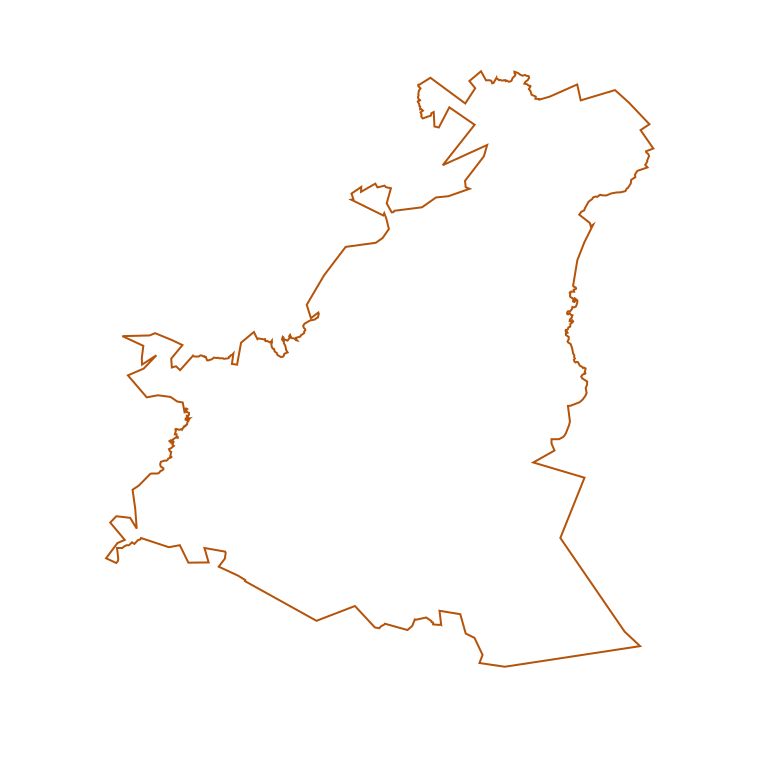 Guanaceví, Durango, Mexico, rotated 262°
{"feature_id": "50627088B82205193577486", "entity_name": "Guanaceví", "entity_type": "district", "adm_level": 2, "iso_a3": "MEX", "parent_name": "Mexico", "parent_adm1": "Durango", "projection": "orthographic", "projection_center": [-105.88, 26.044], "detail": "fine", "context": "isolated", "style": "outline", "palette": "amber", "viewbox_px": 768, "rotation_deg": 262, "n_neighbors": 0, "source": "geoboundaries", "source_scale": "gbopen_adm2", "svg_char_len": 6156}
<svg xmlns="http://www.w3.org/2000/svg" viewBox="0 0 768 768"><g transform="rotate(262 384 384)"><path d="M105.3,587.8L207.0,537.2L263.3,569.5L285.5,520.9L294.4,543.6L301.7,541.6L306.0,542.2L305.0,549.6L306.5,553.8L307.5,555.3L310.0,557.3L317.6,561.6L320.9,562.9L336.7,563.1L336.5,565.6L338.7,575.1L340.9,578.5L344.3,581.8L346.9,583.4L352.0,583.2L355.0,585.0L358.2,585.5L361.9,581.2L363.8,580.3L365.0,581.2L366.4,583.5L366.0,584.1L366.4,584.9L368.0,584.6L371.3,585.8L372.4,584.3L372.1,583.3L373.3,582.7L374.8,580.5L378.6,579.1L379.1,577.8L378.7,576.7L379.6,575.8L381.5,575.4L382.7,576.6L383.9,576.1L386.1,576.4L387.8,575.6L393.7,575.2L397.8,574.3L399.4,572.2L400.7,571.7L402.3,573.0L404.9,573.5L407.1,571.0L408.9,571.2L409.2,572.9L410.2,572.5L410.1,571.5L411.4,571.2L412.3,571.6L412.1,572.7L412.8,573.8L414.3,574.4L414.9,576.4L417.7,577.0L418.7,579.2L419.7,580.0L420.8,579.3L420.0,578.8L420.4,576.6L421.8,577.0L423.9,579.4L425.2,579.4L425.8,580.1L426.6,578.7L428.3,577.6L427.4,576.4L427.5,575.4L428.4,575.1L429.8,575.7L430.4,576.4L429.9,578.2L432.0,580.5L434.1,581.3L433.4,582.8L434.1,584.9L437.3,586.6L439.8,587.1L442.4,584.8L442.0,584.3L439.8,585.1L438.7,584.0L439.4,582.7L442.1,583.3L444.2,580.7L445.3,580.4L448.2,581.3L448.5,580.7L449.2,581.3L449.5,582.5L448.9,585.1L451.0,585.0L451.3,587.1L451.8,587.5L453.0,587.2L453.7,585.8L454.9,584.9L479.7,592.7L496.4,602.1L512.7,613.3L511.4,610.7L514.8,610.3L524.5,600.9L527.1,603.4L528.1,606.5L529.8,607.2L536.0,611.9L538.2,615.9L539.7,617.1L540.2,619.5L539.6,621.2L541.3,624.3L540.3,627.0L539.8,630.6L541.1,635.6L541.3,641.4L540.9,644.7L541.4,649.9L543.7,651.5L544.1,652.7L548.1,656.2L551.9,657.3L553.8,661.6L556.4,661.7L559.2,663.9L559.9,665.0L561.8,675.1L564.7,673.2L567.6,675.7L568.5,675.6L572.8,678.2L575.1,677.7L576.7,676.0L578.0,675.9L579.7,683.5L599.7,673.4L604.3,683.0L628.4,665.8L642.9,653.7L637.5,618.3L653.7,617.0L645.5,588.1L644.0,577.6L644.5,577.7L645.4,573.6L647.5,574.3L649.9,570.4L653.5,569.9L655.9,568.5L658.1,570.4L658.9,570.4L659.3,568.8L661.1,567.1L661.9,564.8L663.6,566.1L664.9,568.6L667.1,570.4L668.8,570.0L669.3,568.1L670.4,566.7L670.0,564.2L671.5,561.7L673.2,560.2L675.1,556.6L673.6,556.5L672.1,557.2L671.2,556.8L669.2,554.0L666.6,552.5L666.0,551.3L666.1,549.3L667.4,547.8L667.0,546.6L668.1,546.2L668.0,543.1L668.9,541.5L668.9,540.2L670.5,538.7L670.7,537.9L671.5,537.9L666.8,534.3L666.7,533.0L669.4,532.4L670.2,530.4L670.5,527.3L680.2,523.6L672.1,510.7L664.2,515.5L650.5,503.5L680.8,472.6L675.5,460.7L675.6,459.6L674.2,459.4L671.7,461.3L669.7,459.4L666.2,458.3L665.1,458.5L663.3,457.5L661.3,457.9L660.0,459.2L659.6,458.7L659.6,457.4L658.9,456.7L656.5,457.8L654.5,457.7L653.8,458.4L651.0,458.0L651.2,458.9L649.3,460.6L647.9,458.0L645.4,458.7L643.8,458.1L641.6,459.3L643.3,467.8L645.5,468.6L646.4,471.1L632.0,469.8L630.4,474.0L648.9,487.2L628.1,509.8L592.5,472.6L606.3,519.4L595.6,514.6L573.9,492.5L567.5,492.3L565.4,495.9L561.0,473.9L561.5,461.5L553.7,446.2L554.1,418.5L552.9,417.2L552.9,415.5L562.5,411.8L576.9,418.1L578.6,413.3L580.3,412.2L579.6,404.9L583.6,403.3L577.5,388.0L582.3,388.9L577.1,378.3L571.3,379.4L571.1,377.2L551.0,406.7L553.1,408.0L547.6,409.3L536.8,410.4L528.8,403.0L525.0,395.5L525.1,365.1L500.0,339.8L473.2,318.5L459.4,320.8L463.9,328.9L462.6,329.2L459.0,327.8L458.8,326.4L457.5,324.7L457.2,319.6L454.8,313.8L453.0,312.1L451.0,312.3L449.2,313.6L448.2,313.5L447.0,312.2L445.5,312.0L443.7,308.3L442.6,307.8L442.0,303.2L441.2,303.0L439.2,304.1L439.7,302.9L441.4,301.9L442.4,298.7L445.7,297.8L444.4,296.7L443.1,297.2L440.4,294.5L442.4,290.9L444.0,291.0L444.8,290.3L442.4,289.2L440.8,290.0L440.4,290.8L438.4,290.5L435.5,291.6L431.0,291.9L428.7,293.0L427.8,289.5L425.9,288.7L425.0,287.5L425.1,285.6L427.6,282.5L429.5,282.2L431.5,280.2L434.0,280.0L434.5,278.8L436.5,278.0L439.3,278.0L440.5,278.8L442.6,279.0L441.4,277.9L441.1,276.8L443.0,274.1L442.9,272.8L443.5,272.3L445.0,272.4L445.0,270.9L446.6,266.1L446.0,264.9L453.6,262.4L444.8,248.2L423.6,241.2L425.0,236.2L435.2,239.1L434.1,237.8L433.6,236.0L432.8,235.5L432.5,234.3L431.4,233.9L431.1,233.2L431.2,229.0L431.8,228.2L432.5,224.1L433.2,223.2L433.0,222.0L433.8,219.2L432.5,217.1L431.8,213.0L432.1,212.1L435.6,211.3L435.7,210.1L436.5,210.0L436.5,209.0L437.6,207.5L437.9,206.1L437.0,204.5L437.4,200.9L437.9,199.5L438.7,198.9L426.1,184.0L430.5,180.5L429.9,176.2L438.7,176.8L450.6,189.8L456.9,180.3L466.2,164.4L464.7,158.6L467.8,131.6L455.3,151.0L443.6,147.8L436.9,147.1L444.1,162.6L432.7,148.2L428.2,131.6L403.8,147.2L404.3,158.6L400.9,170.8L395.4,176.9L393.7,182.1L382.8,182.6L387.3,183.7L387.3,184.7L386.6,185.6L386.1,184.8L383.8,184.7L382.6,186.8L380.7,186.6L379.6,185.3L380.0,184.3L379.0,184.2L377.7,185.8L376.7,185.6L376.8,186.7L376.2,185.9L376.2,184.8L377.5,184.3L377.4,182.8L376.3,182.5L374.7,185.2L373.5,184.0L371.3,183.3L370.1,180.6L369.8,181.0L368.8,179.2L366.8,177.6L367.5,177.2L367.1,174.8L368.5,171.9L368.2,171.1L366.6,171.4L363.3,169.9L363.1,171.5L361.0,171.4L360.1,172.5L359.4,172.3L360.0,170.4L358.5,167.3L357.8,167.1L358.0,165.1L357.3,163.6L356.0,164.7L356.4,165.5L356.1,166.7L355.4,165.6L355.0,167.0L353.4,166.0L352.0,167.3L350.2,164.4L349.4,162.0L347.3,162.6L346.3,163.8L342.0,162.2L341.6,163.3L341.0,163.2L340.2,160.0L339.2,159.3L338.3,157.9L338.7,156.1L338.0,152.2L335.8,151.2L333.4,151.4L331.3,153.8L330.3,153.7L329.3,152.4L329.0,150.7L327.1,148.5L326.9,146.9L327.7,141.2L327.4,139.9L317.6,127.2L314.3,120.3L295.4,120.3L275.2,119.0L286.8,114.0L290.3,100.5L284.9,93.6L265.7,105.6L263.6,97.9L250.1,84.5L244.0,94.0L245.7,95.8L247.6,96.5L258.8,96.8L258.0,102.0L259.4,104.2L260.2,106.8L259.8,108.7L260.1,109.4L262.3,112.4L260.4,114.6L263.7,118.7L264.0,121.2L265.3,121.9L252.3,148.3L252.8,159.4L234.3,165.4L231.7,185.5L246.6,183.4L240.1,203.4L238.7,203.7L233.2,202.1L226.1,194.9L214.6,212.7L209.1,219.4L208.1,218.9L158.9,284.2L168.2,324.3L144.2,341.1L142.8,345.3L144.3,347.0L145.9,351.0L146.5,351.5L137.1,373.0L140.5,378.3L146.6,381.8L146.1,382.7L146.9,393.3L142.6,398.0L141.5,398.0L140.9,399.4L139.1,399.2L137.8,404.8L137.9,406.4L137.4,407.1L151.7,407.4L145.4,427.5L125.5,430.2L120.0,438.3L102.0,443.9L94.4,439.7L87.2,464.3L88.8,601.1L105.3,587.8Z" fill="none" stroke="#b45309" stroke-width="2"/></g></svg>